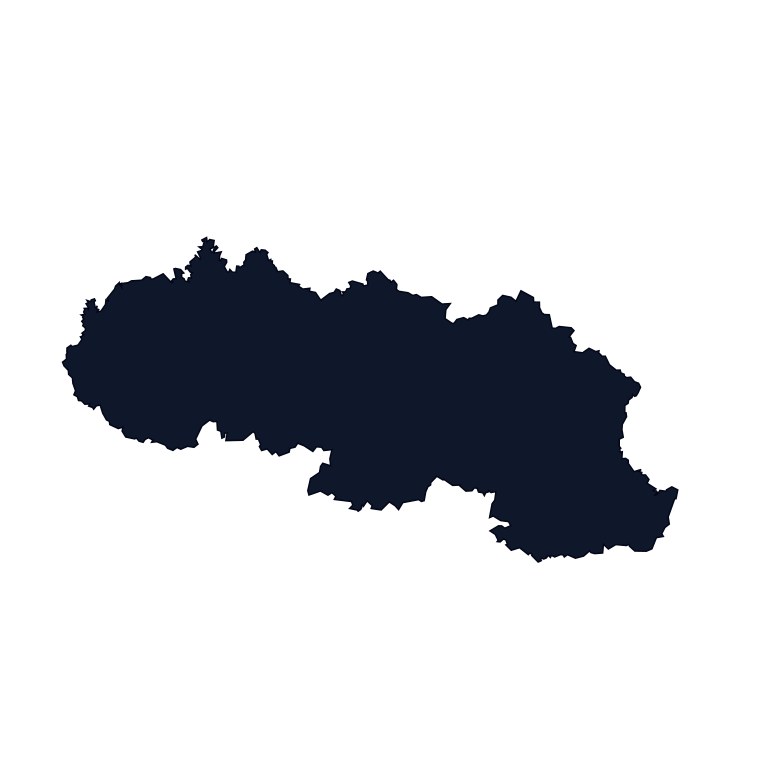 Chris Hani, Eastern Cape, South Africa (orthographic projection), rotated 197°
{"feature_id": "47623444B97098873518332", "entity_name": "Chris Hani", "entity_type": "district", "adm_level": 2, "iso_a3": "ZAF", "parent_name": "South Africa", "parent_adm1": "Eastern Cape", "projection": "orthographic", "projection_center": [27.423, -31.861], "detail": "fine", "context": "isolated", "style": "filled", "palette": "ink", "viewbox_px": 768, "rotation_deg": 197, "n_neighbors": 0, "source": "geoboundaries", "source_scale": "gbopen_adm2", "svg_char_len": 6149}
<svg xmlns="http://www.w3.org/2000/svg" viewBox="0 0 768 768"><g transform="rotate(197 384 384)"><path d="M692.5,377.1L690.5,375.3L692.4,373.7L688.1,369.9L688.5,368.7L690.0,369.7L692.8,368.6L691.9,367.6L692.3,365.1L690.4,363.2L693.7,361.5L691.6,360.9L691.6,359.4L690.0,358.4L691.4,355.6L689.0,354.0L689.1,351.6L686.2,350.4L685.1,348.0L687.7,344.3L684.7,343.5L686.5,343.2L686.6,341.3L688.1,340.4L685.9,338.3L688.0,331.7L693.3,328.6L694.8,329.5L697.7,325.7L696.6,321.9L695.8,321.9L696.5,319.3L694.9,315.1L697.8,310.9L695.3,307.8L689.8,304.7L688.4,301.0L683.8,298.8L681.7,293.7L677.0,287.3L677.4,283.0L673.5,282.2L671.3,278.9L668.3,279.5L664.3,277.2L659.4,278.8L660.0,276.5L655.9,276.4L654.3,275.0L652.7,279.0L649.3,280.9L644.5,273.9L638.9,268.5L635.7,268.0L634.4,265.0L625.1,263.7L621.0,266.4L620.7,262.4L615.5,257.8L606.3,258.6L605.1,260.0L601.5,257.7L597.3,257.8L596.2,261.2L593.5,263.8L588.6,262.8L589.2,260.3L584.4,262.4L575.2,261.6L572.2,259.3L566.4,258.8L563.4,262.8L559.3,262.2L553.6,267.0L547.2,267.9L544.3,272.1L548.0,276.2L545.8,290.7L540.2,298.5L536.5,298.0L532.8,299.3L529.8,291.3L526.2,291.1L523.2,284.8L521.1,286.7L522.0,290.3L519.6,291.4L518.7,283.6L502.4,289.0L495.2,300.2L492.9,299.1L490.1,293.9L488.0,294.6L484.2,289.9L484.9,287.8L481.6,284.6L476.7,287.8L470.3,283.9L467.6,287.8L463.3,284.6L454.8,291.1L455.2,294.9L450.6,297.6L449.2,302.1L442.4,301.6L432.3,298.7L430.2,304.2L425.2,305.3L422.1,302.8L414.6,306.0L413.9,296.6L411.1,290.2L419.4,290.3L420.6,286.6L419.8,280.5L426.6,272.1L425.7,259.7L423.3,255.9L413.5,263.1L405.1,261.3L402.0,264.9L397.2,262.6L397.8,259.1L380.7,262.1L378.4,259.0L380.5,254.9L372.9,255.6L371.5,254.8L369.6,257.2L369.2,259.7L370.1,261.0L369.5,262.1L367.9,261.0L366.0,267.3L359.7,264.3L359.9,261.2L349.9,262.7L344.5,272.8L337.7,270.8L333.3,268.1L331.3,276.1L317.0,283.6L313.9,282.6L311.5,284.2L312.6,293.1L312.0,298.5L309.9,301.1L310.5,303.3L306.5,311.2L299.5,309.5L299.1,310.4L288.7,307.1L281.6,309.7L281.8,308.8L274.4,305.5L268.7,307.6L267.2,311.1L264.4,311.5L262.0,308.3L257.8,308.9L255.4,306.6L255.0,309.7L252.5,311.5L252.8,312.6L249.9,311.5L245.5,313.8L244.1,305.3L245.6,301.1L244.0,287.1L241.0,289.7L232.5,287.5L224.6,288.8L221.4,285.5L226.3,281.4L230.0,282.7L233.0,281.9L239.7,274.5L233.6,272.7L229.2,268.0L229.7,266.4L226.8,266.9L224.5,270.6L221.9,270.6L219.2,266.9L220.4,265.8L213.7,262.2L206.5,267.1L196.1,263.0L195.2,264.9L192.5,264.5L192.6,263.2L184.5,258.8L182.0,261.0L182.9,261.6L182.2,263.6L180.1,263.3L178.0,265.0L176.7,268.3L174.2,266.8L173.8,269.1L170.2,268.5L165.4,272.4L162.8,273.0L161.0,271.3L158.6,274.4L150.0,273.4L142.8,277.8L138.6,284.5L136.9,283.3L132.9,283.4L125.5,286.3L127.3,294.9L121.2,291.8L115.4,298.2L105.0,300.4L102.8,302.3L101.9,300.7L95.3,297.6L84.2,300.8L79.6,304.7L78.6,316.7L72.3,319.9L74.6,322.1L73.4,328.9L70.2,333.4L73.4,340.0L72.5,359.3L71.2,359.7L72.1,368.6L78.7,369.8L82.9,365.4L82.8,363.9L89.1,362.9L90.0,359.1L93.0,356.0L90.9,360.2L92.2,361.3L95.4,360.8L93.3,363.2L103.4,366.0L102.7,370.2L107.3,373.5L110.3,372.6L111.5,372.9L111.6,374.8L114.5,374.9L113.1,377.4L119.3,373.3L127.0,379.3L128.2,382.6L131.2,383.5L134.7,382.1L136.3,388.9L138.2,387.9L139.6,390.9L138.8,391.8L140.8,393.1L142.9,400.0L139.6,403.0L143.1,409.8L144.3,415.0L142.5,423.7L144.1,427.2L145.3,426.8L147.4,433.9L144.9,436.9L145.4,440.2L142.9,443.6L143.0,446.6L140.8,445.5L139.4,446.4L138.5,449.7L137.7,455.9L140.8,459.2L145.1,459.4L150.1,462.7L153.8,461.0L156.3,461.7L157.2,463.5L160.7,463.9L162.2,466.4L165.9,465.1L174.0,468.3L180.5,475.3L183.4,474.3L187.9,476.6L188.1,478.6L191.0,476.9L198.4,478.1L203.2,471.9L211.8,470.5L211.5,477.0L215.1,478.0L219.2,483.1L220.8,483.2L217.9,490.6L221.4,492.5L233.3,490.2L236.1,487.4L239.5,486.6L246.2,498.6L251.0,497.3L253.8,498.2L257.6,502.5L259.3,507.7L264.8,506.1L266.4,510.4L280.3,513.2L282.0,501.7L287.9,504.1L296.4,503.4L299.6,497.6L298.2,493.0L304.5,487.9L304.7,483.5L306.3,479.8L309.5,478.0L313.6,477.9L319.3,472.5L321.7,471.8L322.4,469.8L327.2,470.8L333.2,467.0L334.8,462.5L336.6,461.9L344.7,464.4L346.6,473.1L344.1,480.3L351.9,477.4L363.9,481.4L373.7,477.7L379.1,479.0L382.4,477.1L387.7,478.3L396.9,477.0L399.8,478.1L400.8,483.0L405.2,486.0L407.4,483.1L408.5,484.9L410.7,485.0L420.6,490.8L422.1,488.4L427.3,488.9L431.7,484.9L431.2,478.4L429.9,477.8L428.4,474.0L432.3,471.6L433.4,473.4L444.4,473.2L447.4,470.8L444.4,468.1L444.4,465.5L447.3,464.1L447.7,460.9L450.7,459.9L449.5,459.3L449.4,456.5L450.7,456.2L453.6,460.5L457.4,460.9L458.5,457.0L462.5,454.6L469.0,445.6L476.3,451.5L482.5,450.9L482.8,453.9L489.3,451.1L494.6,452.6L493.8,454.3L493.8,454.5L503.6,453.4L504.2,457.1L506.5,456.5L507.7,459.7L513.7,462.6L518.6,460.3L521.6,464.0L523.2,463.9L523.5,465.2L526.0,466.2L526.7,469.0L528.1,468.4L528.7,470.0L530.5,468.3L534.1,473.7L533.4,475.8L536.8,477.2L540.6,476.5L541.1,473.3L545.5,477.2L547.2,475.3L545.5,472.6L548.6,472.6L553.7,467.3L552.6,462.1L553.7,459.4L552.6,457.0L556.2,452.9L557.2,454.2L559.3,453.7L558.3,447.6L561.7,446.6L564.9,448.5L565.1,445.9L566.5,445.2L571.1,449.6L570.0,454.4L570.9,456.6L576.0,456.6L576.5,454.1L577.7,454.2L578.7,458.8L578.3,462.8L584.4,459.6L584.9,461.3L582.8,465.8L584.6,467.0L585.8,465.9L586.4,459.8L587.5,459.5L589.8,462.2L587.3,464.5L588.4,471.6L592.9,471.2L594.6,468.1L596.5,472.2L600.3,468.5L599.1,467.3L597.5,467.8L597.4,462.3L601.0,461.0L597.4,459.6L597.5,458.3L600.9,455.9L596.6,451.4L596.6,449.5L602.6,452.3L601.2,450.4L605.3,443.9L603.3,440.2L606.2,440.2L607.9,437.8L607.3,435.8L605.9,437.1L602.0,434.4L599.8,434.5L600.8,432.2L599.2,429.1L602.0,428.4L602.0,426.1L600.4,424.7L604.8,424.2L605.7,426.1L608.6,426.9L609.9,430.3L607.9,431.6L612.0,434.0L617.3,433.5L618.6,432.6L613.5,423.9L616.3,422.9L617.3,420.3L615.6,419.9L616.7,418.7L627.4,424.8L635.4,417.0L637.3,416.1L638.5,417.5L643.0,417.1L646.1,412.4L655.7,408.8L658.3,406.1L664.4,403.3L663.0,399.6L665.4,401.2L665.1,403.1L666.6,402.0L666.9,403.4L669.3,399.2L669.4,395.9L673.8,384.7L672.3,384.3L672.0,382.7L674.5,383.2L673.6,378.6L676.0,370.9L679.5,369.1L678.7,371.8L680.9,371.7L681.1,374.9L681.8,372.9L682.7,373.0L685.3,377.6L684.4,379.3L685.8,380.8L688.6,378.8L688.6,377.0L692.5,377.1Z" fill="#0f172a" stroke="#020617" stroke-width="1.5"/></g></svg>